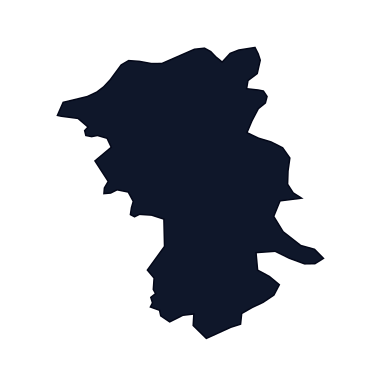 the border of Mātara, rotated 163°
{"feature_id": "LKA-2466", "entity_name": "Mātara", "entity_type": "District", "adm_level": 1, "iso_a3": "LKA", "parent_name": "Sri Lanka", "parent_adm1": "", "projection": "mercator", "projection_center": [80.546, 6.16], "detail": "fine", "context": "isolated", "style": "filled", "palette": "ink", "viewbox_px": 384, "rotation_deg": 163, "n_neighbors": 0, "source": "natural_earth", "source_scale": "10m", "svg_char_len": 1356}
<svg xmlns="http://www.w3.org/2000/svg" viewBox="0 0 384 384"><g transform="rotate(163 192 192)"><path d="M298.3,304.6L289.0,315.4L264.2,313.9L253.8,315.4L245.7,318.4L237.4,323.2L222.6,334.2L218.4,335.2L214.2,336.2L204.1,332.3L193.5,326.8L187.3,324.9L183.1,323.7L148.0,327.8L138.0,325.9L133.0,320.8L129.7,314.2L127.1,310.4L125.2,307.4L115.0,313.4L105.8,314.1L89.5,311.8L89.4,311.2L88.3,304.7L88.2,298.1L95.0,286.2L105.9,282.2L109.6,274.8L98.9,270.2L94.2,267.7L92.3,261.4L95.8,255.7L104.2,252.3L113.9,242.5L122.1,232.7L112.6,224.0L101.7,216.7L92.4,207.8L88.5,195.9L94.0,184.1L98.3,171.5L95.5,161.6L89.1,154.1L110.4,157.8L121.0,144.8L116.5,127.4L103.7,109.1L91.6,101.4L85.7,90.1L95.4,87.5L105.4,90.4L118.2,100.1L129.8,111.0L148.5,115.3L152.1,98.1L142.7,88.6L135.6,77.8L143.8,69.5L156.3,65.7L168.1,64.0L180.0,61.3L184.2,51.4L194.5,51.3L221.1,47.8L229.9,64.0L225.9,74.8L236.8,76.8L251.3,74.3L258.1,82.7L257.6,88.4L265.4,94.2L262.2,97.5L262.2,103.3L256.5,105.5L257.5,110.1L253.4,120.8L257.5,130.4L234.2,148.0L226.8,174.3L237.4,181.7L248.8,186.0L254.2,185.1L257.5,188.4L254.5,194.7L250.9,200.2L253.0,210.6L263.0,216.0L270.1,214.8L276.7,216.2L274.6,221.5L269.0,226.6L275.7,250.1L256.1,258.4L257.5,268.2L265.9,273.7L271.8,274.3L277.0,277.1L276.7,282.1L272.4,284.5L279.5,295.7L294.9,302.7L298.3,304.6Z" fill="#0f172a" stroke="#020617" stroke-width="1.5"/></g></svg>